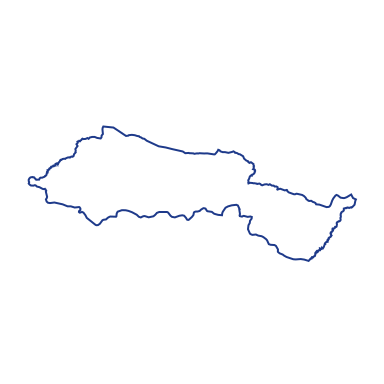 the district of Mwense, Luapula, Zambia, rotated 277°
{"feature_id": "96606910B65361757033996", "entity_name": "Mwense", "entity_type": "district", "adm_level": 2, "iso_a3": "ZMB", "parent_name": "Zambia", "parent_adm1": "Luapula", "projection": "mercator", "projection_center": [28.717, -10.52], "detail": "fine", "context": "isolated", "style": "outline", "palette": "blue", "viewbox_px": 384, "rotation_deg": 277, "n_neighbors": 0, "source": "geoboundaries", "source_scale": "gbopen_adm2", "svg_char_len": 5995}
<svg xmlns="http://www.w3.org/2000/svg" viewBox="0 0 384 384"><g transform="rotate(277 192 192)"><path d="M229.0,73.8L228.5,73.6L228.4,72.7L228.0,72.2L227.6,72.5L226.9,72.6L225.4,71.5L223.7,72.8L220.4,71.0L218.7,71.6L217.5,71.4L217.1,71.7L215.1,70.3L213.3,70.1L212.8,69.6L212.5,69.3L212.7,69.0L212.4,67.8L211.5,67.0L211.6,66.4L211.2,66.0L211.3,64.9L210.3,63.0L209.4,62.1L209.5,61.2L209.0,59.6L208.6,59.3L208.3,58.4L207.8,58.2L207.8,57.6L207.3,57.2L206.4,57.1L205.1,56.1L203.7,55.7L203.9,55.1L203.6,55.1L203.9,54.9L203.7,53.8L203.3,53.3L202.8,53.4L202.7,53.0L201.6,53.2L201.6,52.6L201.0,52.0L201.4,51.8L201.4,51.2L200.5,50.6L200.1,49.6L199.9,49.8L199.1,49.4L198.9,48.7L198.4,48.5L198.4,48.1L197.9,47.5L197.0,47.6L196.7,46.9L196.0,46.7L196.0,46.3L195.6,46.5L195.1,46.1L194.9,45.8L194.5,45.7L194.3,46.1L193.6,45.8L193.4,46.1L192.9,45.5L191.3,45.5L190.6,45.0L190.2,44.4L189.9,44.5L189.1,43.6L187.9,41.4L187.8,40.0L187.1,39.2L185.7,38.8L185.2,35.9L185.4,35.4L186.0,35.1L186.5,34.1L187.1,33.8L187.4,33.2L187.2,32.0L187.4,31.7L186.8,29.9L185.6,28.9L184.1,28.4L182.7,28.7L182.0,29.2L180.5,28.9L179.5,30.0L178.8,31.4L179.0,33.9L179.6,35.1L179.5,36.0L178.5,37.4L178.2,40.0L176.9,43.3L176.8,44.8L177.1,45.4L176.8,45.5L176.8,46.2L175.4,47.2L174.5,46.9L169.5,48.8L168.0,48.5L166.9,47.9L164.8,48.9L163.8,50.3L163.7,52.4L164.8,56.7L164.0,65.1L162.6,70.3L163.0,73.5L162.3,77.5L163.3,81.8L163.1,82.3L162.1,83.2L160.6,83.4L159.2,82.2L158.4,82.2L158.1,82.5L157.8,83.2L158.8,85.3L158.3,86.8L155.9,89.1L153.5,90.7L147.6,100.3L147.4,101.2L147.7,102.7L149.2,104.4L153.1,106.6L153.7,107.7L154.3,110.0L156.2,111.6L157.3,113.1L157.7,114.0L158.2,119.6L158.6,119.9L161.6,119.9L163.4,120.6L165.4,124.6L165.8,128.4L165.5,131.3L164.6,135.0L162.7,139.9L160.9,142.3L160.5,144.3L161.7,146.0L162.3,147.4L162.3,148.3L161.6,152.1L163.2,156.7L164.9,158.3L167.0,159.7L168.2,162.0L169.1,169.7L168.7,170.8L165.9,173.5L164.9,175.1L164.7,178.1L166.9,182.4L167.7,185.2L167.6,186.3L167.5,187.1L165.6,189.2L164.0,190.4L163.8,191.4L163.9,192.0L164.5,192.6L167.4,195.1L169.3,196.2L171.9,196.4L172.5,196.9L173.1,198.2L173.3,199.9L174.1,201.9L175.6,203.1L177.2,205.1L177.4,205.7L177.2,207.4L175.1,209.1L174.8,209.8L174.7,214.1L173.2,216.5L173.0,217.3L172.5,220.7L172.6,224.6L174.6,224.6L176.2,225.0L180.5,227.2L182.1,229.5L183.6,233.0L184.7,237.6L184.2,239.2L180.8,241.3L180.6,241.0L176.0,242.3L174.6,242.1L173.9,242.4L173.7,244.0L173.8,244.9L174.5,245.8L174.6,246.4L174.1,250.3L174.8,252.9L174.5,254.4L172.8,254.4L170.5,253.1L168.2,253.1L165.9,252.1L161.9,252.1L157.9,254.5L157.4,255.1L156.8,257.1L157.6,260.6L156.8,263.0L156.6,266.5L155.9,268.4L154.2,271.3L153.2,272.4L149.6,274.6L149.2,276.5L149.4,280.4L148.7,281.9L145.5,284.3L143.2,284.5L142.8,284.9L141.8,286.5L141.0,289.6L140.0,291.3L139.0,293.8L137.6,300.7L137.7,303.1L138.7,308.1L138.6,311.7L137.8,316.1L140.3,317.8L140.1,318.1L140.8,318.6L140.8,319.0L141.9,319.1L141.8,319.8L142.1,319.9L142.1,320.3L142.5,320.4L142.9,321.0L143.8,321.5L143.7,321.8L145.0,322.1L146.2,321.8L146.7,322.7L147.3,322.8L147.5,322.4L148.5,323.0L148.0,323.7L148.9,323.8L149.1,324.1L148.7,324.5L149.6,324.9L149.8,326.1L151.6,325.8L151.2,327.4L152.4,327.7L151.8,328.2L151.8,328.7L153.5,329.5L156.2,330.1L156.4,330.4L156.7,330.1L157.3,330.3L157.4,330.6L157.8,330.6L158.6,331.3L159.0,332.4L159.4,332.1L159.7,332.5L160.3,332.4L160.3,332.9L160.5,333.0L161.3,332.7L162.1,333.5L162.4,333.1L162.9,333.2L163.6,333.8L164.3,335.0L165.8,335.8L166.4,335.0L167.2,335.2L167.9,334.5L168.9,334.7L169.1,335.5L170.2,335.9L170.7,336.6L171.4,336.7L171.8,336.0L172.5,335.9L172.8,336.0L172.8,336.6L173.1,336.7L173.3,337.8L174.3,338.5L174.8,338.4L174.9,339.3L175.3,339.7L177.8,339.8L178.6,339.4L179.4,339.5L180.3,340.4L180.4,341.1L180.9,341.3L181.1,342.2L181.9,342.8L182.7,342.9L183.6,342.6L184.7,342.5L185.0,342.7L186.3,342.7L187.1,342.3L187.6,342.4L188.2,342.2L189.2,342.7L189.8,342.6L190.7,343.4L191.1,344.1L192.1,344.9L194.1,344.7L194.5,345.6L194.6,346.8L194.9,347.2L195.1,347.1L195.6,348.3L195.3,348.9L195.6,349.6L195.4,350.2L196.3,351.8L196.0,352.2L196.4,352.8L199.2,354.9L203.3,355.2L204.6,355.6L205.6,352.6L208.9,350.3L205.7,346.2L204.6,344.1L204.4,343.1L204.5,340.1L206.2,337.4L206.7,335.8L205.9,334.8L202.8,333.0L200.6,332.2L196.5,331.3L194.7,330.5L193.9,329.6L193.4,327.4L195.0,320.0L194.9,316.7L196.1,315.9L196.7,314.4L196.8,313.4L197.8,311.4L197.4,309.6L197.5,308.6L198.2,307.7L198.7,306.5L200.2,305.5L201.6,303.7L202.5,301.7L203.0,296.9L203.0,295.8L202.3,294.6L202.2,293.4L203.4,288.1L204.5,286.5L205.4,286.2L205.6,285.8L204.9,283.9L206.0,279.1L204.8,276.5L205.0,276.3L206.2,276.7L207.3,276.3L207.8,274.9L207.5,273.4L208.3,272.3L208.1,270.5L209.2,268.3L208.4,267.2L208.8,265.2L208.4,263.2L207.2,260.8L207.6,259.6L208.2,259.0L208.6,257.8L207.9,255.7L208.2,255.3L208.3,252.6L208.1,251.8L208.3,251.1L208.2,248.5L207.4,247.0L208.1,246.7L208.9,246.9L210.5,246.4L212.2,247.1L214.4,247.5L215.6,248.5L215.5,249.4L216.5,249.5L217.1,250.7L218.2,251.6L218.9,251.6L219.8,252.1L220.4,251.7L221.2,252.0L221.8,251.6L222.1,249.9L223.0,250.4L223.8,250.4L224.4,250.0L225.3,250.4L226.6,249.6L227.2,249.6L228.7,247.0L228.5,246.0L227.9,245.7L228.1,245.0L228.6,244.2L229.4,243.8L229.8,242.1L231.5,239.6L233.7,238.4L235.3,234.9L235.3,233.5L236.0,232.4L236.3,230.7L236.1,230.1L236.8,229.5L237.4,228.2L236.7,227.0L235.3,223.4L235.6,219.9L235.3,217.6L235.8,215.3L236.8,214.2L237.1,212.9L235.8,212.5L233.4,211.0L232.2,210.1L232.0,209.5L232.2,202.6L231.7,199.1L231.4,194.6L230.9,193.3L231.0,192.4L230.2,189.7L230.5,188.5L230.2,184.5L230.4,184.1L229.7,180.6L231.1,177.9L232.1,167.7L233.0,160.4L233.3,153.4L237.4,140.8L239.0,138.2L239.1,136.4L240.0,134.7L240.3,133.2L240.9,132.6L240.9,130.8L241.4,128.3L241.4,125.3L240.7,122.4L240.2,122.0L239.6,119.7L246.4,106.2L246.2,96.0L244.7,95.5L243.2,95.5L238.7,96.5L237.0,95.4L235.2,95.5L234.0,94.8L234.1,91.3L234.8,88.7L234.5,86.2L233.6,83.9L232.2,82.9L232.8,81.6L231.7,79.9L231.3,77.7L231.6,76.8L231.0,76.2L230.0,75.8L229.5,75.0L228.8,74.7L229.0,73.8Z" fill="none" stroke="#1e3a8a" stroke-width="2"/></g></svg>